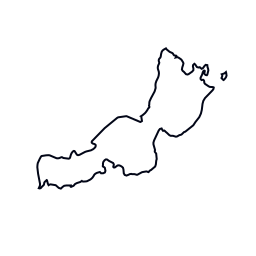 the border of East New Britain, rotated 26°
{"feature_id": "PNG-1250", "entity_name": "East New Britain", "entity_type": "Province", "adm_level": 1, "iso_a3": "PNG", "parent_name": "Papua New Guinea", "parent_adm1": "", "projection": "equal_earth", "projection_center": [151.672, -5.126], "detail": "fine", "context": "isolated", "style": "outline", "palette": "ink", "viewbox_px": 256, "rotation_deg": 26, "n_neighbors": 0, "source": "natural_earth", "source_scale": "10m", "svg_char_len": 4035}
<svg xmlns="http://www.w3.org/2000/svg" viewBox="0 0 256 256"><g transform="rotate(26 128 128)"><path d="M134.6,111.6L135.5,110.1L136.8,107.1L137.2,105.4L137.5,103.5L137.6,101.4L137.7,101.1L137.8,100.9L138.0,100.6L138.1,100.1L137.9,99.5L137.6,99.2L137.3,99.0L137.1,98.8L136.9,97.8L136.0,95.7L135.7,94.6L135.6,91.0L135.9,83.5L135.3,79.9L133.8,77.3L133.2,75.6L132.9,73.4L132.9,69.3L132.6,67.5L131.9,65.4L131.0,63.9L128.9,61.7L128.1,60.3L127.9,59.4L127.7,58.6L127.7,56.8L127.5,55.6L126.2,54.2L125.8,53.2L125.7,52.3L125.9,51.5L126.1,50.8L126.2,50.4L126.1,49.5L125.3,46.9L124.9,44.7L125.1,43.2L125.8,41.8L127.2,39.8L128.2,40.4L132.0,41.3L134.8,41.2L135.7,41.4L136.9,42.2L137.6,42.5L138.5,42.3L139.4,41.9L140.0,42.1L140.0,43.7L141.2,42.7L142.5,42.6L145.4,43.0L146.3,43.3L148.8,44.9L149.5,45.6L149.9,47.4L150.2,49.7L150.8,51.8L152.1,52.7L153.6,53.0L156.5,54.2L157.9,53.9L158.8,53.1L161.0,49.1L161.4,47.3L160.6,45.7L159.4,44.3L158.9,43.0L159.5,41.2L160.7,41.5L162.1,42.4L163.3,43.0L163.9,42.9L164.6,42.8L165.3,42.5L165.5,42.1L165.9,41.9L167.6,42.4L168.3,42.5L169.2,41.1L169.5,39.0L170.1,37.2L171.7,36.7L172.7,38.3L174.0,39.6L175.0,41.1L175.9,45.3L175.7,46.0L174.7,46.3L174.3,46.3L173.1,45.9L172.6,45.6L172.4,44.9L172.3,43.8L171.9,43.0L171.2,43.0L170.8,43.9L170.8,45.2L171.2,47.5L171.2,51.0L171.7,52.1L173.1,52.7L173.5,52.4L173.9,52.0L174.5,51.7L175.4,52.0L176.0,52.6L176.4,53.4L177.1,54.2L178.0,54.6L182.3,55.2L183.5,55.2L186.4,54.0L187.3,54.0L187.7,55.5L187.5,56.9L184.1,67.3L183.8,70.5L184.4,73.6L186.4,79.4L187.2,83.0L187.3,87.0L186.0,93.0L185.5,96.9L181.1,106.2L180.4,106.8L180.1,107.2L179.0,110.3L178.5,110.9L177.3,111.9L175.9,114.0L174.9,114.8L171.9,115.3L169.8,116.3L168.3,116.3L164.8,115.2L163.8,115.0L162.4,114.5L161.6,114.4L160.8,115.2L159.9,114.8L158.4,113.7L157.1,114.9L156.7,116.8L156.9,127.8L157.3,130.1L158.1,131.6L161.5,135.4L162.0,136.0L162.1,136.9L162.5,137.6L163.2,138.0L164.5,138.6L167.4,143.3L167.7,145.0L169.0,148.5L169.3,150.7L167.1,155.7L166.8,156.0L166.4,156.6L166.1,157.3L166.0,158.0L165.7,158.7L165.1,158.8L164.3,158.8L163.5,159.0L160.3,161.3L159.8,161.8L156.9,165.9L156.4,166.2L154.1,166.6L151.9,167.7L151.1,167.8L150.0,168.5L148.8,170.0L147.5,171.4L145.6,171.6L144.1,170.6L142.1,167.3L140.9,165.9L139.6,165.5L137.9,165.3L136.2,165.5L135.0,166.3L133.4,169.3L132.6,169.7L131.8,169.4L131.6,168.7L131.5,167.8L131.2,166.9L130.0,166.0L125.3,165.9L123.0,165.5L121.9,165.9L121.1,167.2L120.7,169.2L121.0,170.8L121.7,172.1L122.0,173.3L122.4,173.6L124.0,173.7L124.6,173.9L126.5,176.4L126.7,178.1L125.5,179.6L123.7,180.5L122.0,179.9L121.0,180.8L119.7,182.0L118.7,183.4L118.2,184.7L118.1,186.5L117.8,188.3L117.2,189.9L116.6,191.0L114.5,193.8L113.5,194.5L111.4,195.7L110.4,196.0L109.7,195.8L108.8,197.4L106.2,199.9L105.0,201.5L104.7,202.5L104.6,203.2L104.3,203.9L102.6,205.9L102.1,205.8L101.8,204.7L97.9,206.6L96.0,207.9L95.1,209.5L94.2,211.9L92.0,212.2L88.1,211.1L83.1,212.6L82.3,213.3L81.7,214.2L80.4,213.2L78.1,210.5L77.7,210.5L77.4,211.5L76.9,212.6L76.7,213.7L77.3,215.8L77.0,216.9L76.5,218.1L75.9,220.3L75.2,221.0L74.2,221.2L74.1,218.5L73.9,217.8L73.3,216.6L67.3,208.6L63.7,203.0L62.8,200.8L62.3,199.1L62.2,194.6L62.3,192.1L62.5,191.3L62.7,191.0L66.3,188.5L68.4,187.3L69.6,186.9L77.0,186.5L78.3,186.0L79.4,185.2L80.9,183.5L81.4,183.2L82.1,183.2L83.0,183.3L88.1,181.6L88.7,181.0L88.9,180.3L88.8,179.3L88.6,178.4L88.4,177.1L88.3,175.6L88.6,173.8L88.9,173.0L89.3,172.4L89.8,172.2L90.1,172.2L90.5,172.4L92.9,173.9L93.8,174.4L94.7,174.4L95.5,174.0L96.3,173.2L99.9,168.3L101.0,167.2L104.5,164.3L105.9,162.4L106.6,160.9L107.0,159.5L106.9,158.5L106.6,157.8L106.3,157.4L105.7,157.2L105.0,157.1L103.4,157.4L102.6,157.3L101.9,157.1L101.5,156.6L101.4,155.6L107.1,138.3L113.8,123.7L114.5,122.7L121.0,118.3L121.6,118.0L136.4,117.2L137.2,116.2L137.5,115.6L134.7,111.6L134.6,111.6ZM192.5,36.1L193.6,37.7L193.8,39.4L193.5,41.2L192.9,43.0L192.5,43.0L192.0,42.8L190.5,42.3L190.1,42.1L190.1,40.9L189.9,39.9L189.5,39.1L188.7,38.6L190.4,37.0L191.0,36.1L191.5,34.8L192.3,35.7L192.5,36.1Z" fill="none" stroke="#020617" stroke-width="2"/></g></svg>